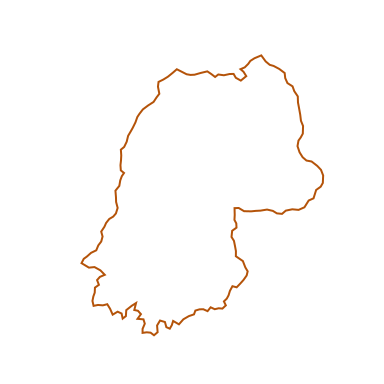 outline of Araçoiaba da Serra, São Paulo, Brazil, rotated 338°
{"feature_id": "56859067B80681232985550", "entity_name": "Araçoiaba da Serra", "entity_type": "district", "adm_level": 2, "iso_a3": "BRA", "parent_name": "Brazil", "parent_adm1": "São Paulo", "projection": "albers", "projection_center": [-47.659, -23.543], "detail": "fine", "context": "isolated", "style": "outline", "palette": "amber", "viewbox_px": 384, "rotation_deg": 338, "n_neighbors": 0, "source": "geoboundaries", "source_scale": "gbopen_adm2", "svg_char_len": 2394}
<svg xmlns="http://www.w3.org/2000/svg" viewBox="0 0 384 384"><g transform="rotate(338 192 192)"><path d="M307.4,91.3L300.0,91.4L295.2,92.3L292.1,94.3L287.6,96.2L283.0,96.3L284.8,99.8L285.7,104.9L279.0,107.0L275.4,102.5L274.8,98.1L271.1,96.7L265.3,95.7L260.4,92.9L256.5,94.0L254.1,89.9L251.4,85.9L244.8,84.9L238.3,84.2L234.5,82.9L231.1,80.8L227.9,77.1L223.9,72.5L219.0,74.2L212.8,76.1L207.5,77.0L202.2,77.4L199.9,81.6L198.5,88.7L194.6,91.0L190.1,94.1L183.8,95.3L177.4,97.0L172.6,99.8L169.4,102.0L165.7,106.2L161.1,110.3L158.1,112.7L153.8,116.0L150.3,120.9L146.0,124.8L141.9,126.1L140.1,131.6L138.0,136.1L135.7,140.4L134.1,145.3L136.1,148.9L132.9,151.0L129.8,154.4L126.9,159.1L121.5,162.1L119.5,168.5L117.9,172.8L117.1,178.9L113.4,183.4L109.7,185.3L105.2,186.0L100.8,188.5L97.8,191.4L93.0,194.7L92.4,199.8L89.3,203.9L85.1,206.4L81.4,210.2L75.6,210.6L70.3,212.5L66.6,213.4L62.9,216.6L68.1,223.5L73.5,225.1L77.7,230.3L80.1,236.1L74.8,236.2L71.0,238.1L70.9,243.2L66.2,244.3L64.1,248.9L61.4,251.9L58.9,255.7L58.1,260.7L62.5,261.5L66.9,263.7L71.4,264.3L72.3,269.6L72.5,276.0L78.2,275.1L81.2,278.3L80.3,283.4L84.2,282.3L86.8,276.9L93.6,274.9L98.5,274.0L94.3,279.8L97.4,281.9L98.9,286.1L94.0,289.2L99.3,291.9L98.9,296.4L94.9,300.4L93.4,304.1L97.4,305.1L100.9,306.9L103.1,310.6L107.6,309.1L109.6,302.7L114.2,299.2L118.2,302.4L117.6,307.7L120.2,310.4L123.4,307.9L126.2,304.5L130.3,309.8L136.3,306.8L142.6,305.9L148.0,306.2L150.7,303.2L155.0,303.6L158.5,304.9L161.8,308.3L166.1,305.9L169.2,309.2L173.2,309.8L176.5,311.5L180.9,309.8L180.6,305.4L184.3,303.9L187.2,301.5L190.1,297.9L194.2,294.5L197.7,297.1L202.2,295.1L206.7,292.9L211.4,289.9L213.9,286.4L213.2,281.9L213.3,275.1L208.6,268.0L210.6,263.2L211.7,257.8L212.6,253.0L211.8,248.5L214.7,243.0L219.9,241.7L221.3,237.7L220.9,233.8L223.0,229.3L225.4,222.9L229.3,224.3L233.1,229.3L239.6,232.1L244.1,233.4L248.4,234.9L255.0,236.4L259.9,239.8L262.7,243.6L267.3,246.0L272.0,244.4L278.5,245.6L284.1,248.5L290.5,248.3L297.0,243.6L302.3,243.4L307.9,236.6L313.3,235.3L316.7,232.6L319.8,225.8L319.9,219.8L317.9,214.7L314.3,208.5L309.9,205.7L307.6,201.2L306.6,195.5L307.0,189.0L310.0,184.2L313.2,182.2L316.6,179.4L319.7,172.4L319.7,166.8L321.3,160.9L322.8,153.7L323.8,148.7L325.9,143.0L324.6,136.8L324.8,131.7L321.3,126.8L321.1,121.3L322.5,116.4L319.0,110.6L314.9,105.7L311.7,103.2L309.2,98.5L307.4,91.3Z" fill="none" stroke="#b45309" stroke-width="2"/></g></svg>